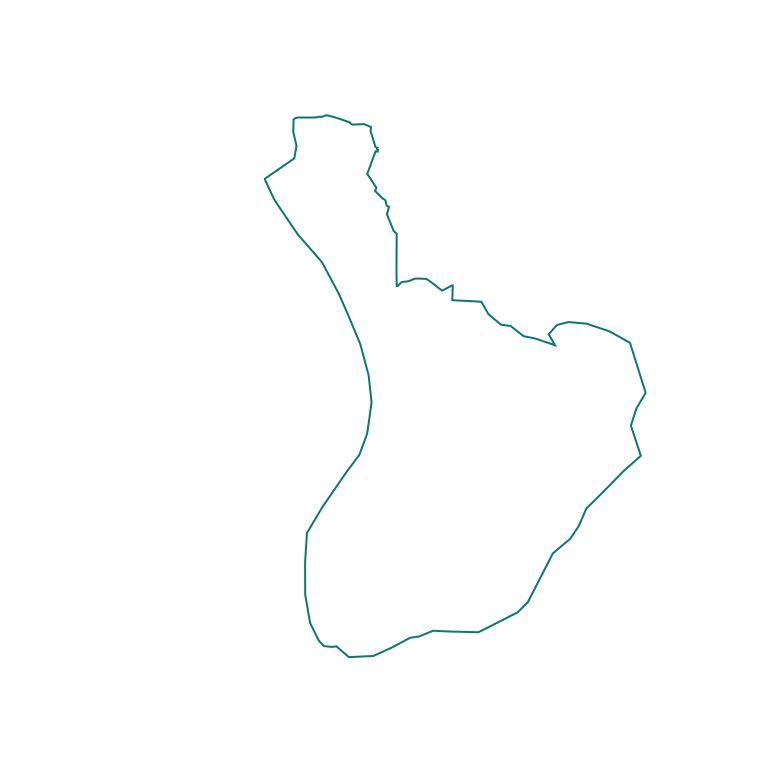 the district of Ukwa West, Abia, Nigeria, rotated 320°
{"feature_id": "59680162B46910461063287", "entity_name": "Ukwa West", "entity_type": "district", "adm_level": 2, "iso_a3": "NGA", "parent_name": "Nigeria", "parent_adm1": "Abia", "projection": "orthographic", "projection_center": [7.263, 4.974], "detail": "fine", "context": "isolated", "style": "outline", "palette": "teal", "viewbox_px": 768, "rotation_deg": 320, "n_neighbors": 0, "source": "geoboundaries", "source_scale": "gbopen_adm2", "svg_char_len": 2074}
<svg xmlns="http://www.w3.org/2000/svg" viewBox="0 0 768 768"><g transform="rotate(320 384 384)"><path d="M263.0,437.2L257.8,438.6L257.0,438.9L229.1,448.7L209.2,469.6L188.4,494.5L173.8,519.5L169.1,538.8L169.5,546.1L174.4,551.2L175.2,552.0L179.0,554.5L179.5,558.3L181.6,570.7L187.0,574.8L201.0,585.5L207.1,587.2L213.6,589.0L220.4,590.9L241.0,595.2L248.4,599.9L263.1,604.6L273.5,614.3L296.8,634.9L339.6,644.8L354.2,643.5L404.4,622.3L427.5,622.2L437.7,619.2L441.8,618.1L458.8,609.5L481.5,607.6L484.8,607.3L509.2,604.9L511.3,604.7L534.6,604.1L546.4,574.6L561.6,565.0L578.8,558.9L598.9,510.6L590.7,488.9L577.9,467.9L565.1,455.1L554.5,450.0L542.1,451.7L541.0,458.2L539.9,464.2L529.2,446.5L521.7,437.1L518.3,421.0L515.0,417.3L511.7,413.7L508.9,397.6L511.5,383.6L490.2,363.7L500.0,352.7L498.8,352.0L493.6,351.0L489.2,350.1L488.4,349.4L485.9,337.8L484.3,331.6L483.8,330.5L482.9,329.7L479.2,326.3L475.6,323.3L473.0,322.3L470.5,321.6L468.9,321.0L467.5,320.2L466.4,319.5L465.6,318.9L464.3,318.0L462.8,317.3L460.9,317.5L459.6,317.5L458.5,317.5L457.8,317.6L457.4,317.6L457.1,317.3L456.7,317.1L461.5,311.2L468.7,302.5L490.4,276.9L489.7,273.2L495.4,255.8L496.1,255.3L496.6,255.0L497.0,254.7L497.4,254.3L497.9,254.1L499.0,253.4L501.7,251.5L501.4,250.8L500.9,249.6L500.9,248.7L502.4,245.6L503.1,244.3L503.1,243.6L502.2,240.6L501.2,230.3L504.2,228.9L504.4,228.1L505.8,215.9L506.2,212.3L527.1,200.4L528.5,201.9L530.0,200.7L529.5,200.0L530.0,199.1L530.8,198.8L529.8,197.0L536.3,181.6L539.1,178.9L538.6,177.6L537.2,174.8L535.9,172.3L533.7,170.5L527.0,165.4L526.2,164.0L525.8,162.1L526.1,161.8L522.0,154.9L517.5,147.7L513.3,141.9L511.9,140.7L508.6,139.5L508.0,139.3L505.6,137.2L503.7,136.3L502.1,135.2L488.8,124.1L487.3,123.5L484.8,123.2L476.5,132.6L470.1,145.3L460.3,153.5L424.6,150.2L424.0,151.6L418.7,171.4L417.5,180.8L414.1,214.2L414.4,229.2L414.8,250.8L409.2,277.3L407.3,286.2L400.9,308.1L393.0,333.3L391.4,338.4L385.9,350.2L377.8,367.5L368.2,381.8L362.7,390.0L355.3,396.7L350.5,401.1L339.3,411.1L319.7,422.4L298.0,427.5L263.0,437.2Z" fill="none" stroke="#0f766e" stroke-width="2"/></g></svg>